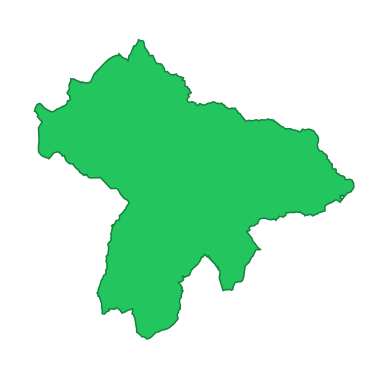 Runcu, Vâlcea, Romania, rotated 93°
{"feature_id": "2599482B23633256734970", "entity_name": "Runcu", "entity_type": "district", "adm_level": 2, "iso_a3": "ROU", "parent_name": "Romania", "parent_adm1": "Vâlcea", "projection": "equal_earth", "projection_center": [24.459, 45.191], "detail": "fine", "context": "isolated", "style": "filled", "palette": "green", "viewbox_px": 384, "rotation_deg": 93, "n_neighbors": 0, "source": "geoboundaries", "source_scale": "gbopen_adm2", "svg_char_len": 6008}
<svg xmlns="http://www.w3.org/2000/svg" viewBox="0 0 384 384"><g transform="rotate(93 192 192)"><path d="M280.1,276.0L282.4,276.3L284.6,277.8L290.2,279.1L293.4,280.3L295.9,280.5L298.0,281.5L298.6,280.2L299.5,280.6L300.9,280.4L301.1,280.1L300.8,279.6L301.4,279.1L308.4,276.3L312.5,276.2L314.3,275.5L318.1,275.3L318.5,274.3L318.5,273.0L316.2,271.1L314.7,268.3L313.6,269.0L313.0,268.7L313.1,263.3L312.5,262.0L311.3,261.5L312.0,259.9L312.9,259.2L313.6,257.9L316.6,255.6L314.8,251.5L313.8,250.6L311.8,245.1L317.0,245.4L317.1,244.3L321.2,242.4L332.0,240.1L334.9,239.9L336.9,236.7L339.2,234.5L339.2,231.9L341.2,229.3L340.6,227.5L339.1,225.2L334.1,220.7L333.5,218.2L331.6,215.0L330.4,210.8L328.7,207.6L324.7,203.3L319.6,199.4L318.7,199.3L316.3,200.4L314.7,200.2L313.2,199.2L311.1,199.2L309.3,197.4L307.9,197.9L306.1,197.6L302.7,198.6L299.9,198.7L297.6,197.1L294.8,197.3L291.2,195.8L290.7,197.4L289.2,196.5L287.9,196.9L285.5,198.3L283.1,200.8L282.1,197.9L280.5,196.1L279.8,195.9L277.4,197.1L276.4,197.1L276.5,196.4L277.6,194.8L276.3,193.0L275.8,191.0L274.9,190.0L270.8,188.9L268.6,187.3L264.1,182.7L260.3,180.3L259.4,180.2L258.6,179.5L256.9,179.4L256.4,177.7L253.6,176.0L256.1,173.3L256.0,172.8L254.8,172.3L254.9,172.0L256.4,171.0L256.7,171.2L256.8,172.0L257.1,170.9L257.6,171.0L257.9,170.1L258.7,170.0L259.5,168.7L261.5,167.0L261.6,166.3L263.1,164.8L263.8,164.8L265.4,163.3L265.4,162.2L265.8,161.8L266.1,161.7L266.0,162.3L266.5,162.6L267.5,161.6L268.2,161.6L269.1,160.2L270.0,159.7L276.4,160.3L288.6,155.9L288.7,155.4L287.4,152.9L287.9,152.3L287.9,151.6L287.2,149.0L288.1,147.9L287.3,146.2L285.7,146.2L280.4,144.5L279.6,142.3L278.8,137.9L277.7,137.0L274.5,136.0L263.0,135.0L259.3,131.3L253.9,129.1L253.0,127.8L247.5,125.7L246.7,125.2L246.0,124.0L246.2,121.7L245.8,120.8L243.6,123.8L240.4,126.1L238.7,128.1L234.9,129.9L228.7,135.2L228.2,135.4L228.0,133.5L227.1,132.2L226.6,132.2L225.1,133.3L224.0,133.0L222.7,130.0L222.2,127.6L220.9,126.8L220.2,124.8L216.0,123.5L215.1,122.1L214.5,119.8L214.4,117.4L215.2,114.7L215.3,113.4L215.8,112.5L215.0,110.5L215.3,109.8L214.7,108.2L215.9,106.6L214.5,106.3L213.7,104.5L211.6,103.6L212.3,99.2L211.0,98.5L210.7,97.3L208.3,97.0L207.3,93.6L207.2,89.5L206.3,86.3L206.8,84.5L206.5,83.0L208.9,78.4L209.8,78.0L209.4,77.6L208.8,74.5L208.3,73.3L208.3,71.5L209.4,70.6L209.5,70.0L207.5,66.6L207.4,65.6L205.9,63.9L203.9,58.2L199.8,58.5L198.4,57.8L197.7,57.0L194.7,51.2L192.5,48.3L192.4,46.9L194.5,43.6L190.9,41.1L190.5,41.3L190.9,42.8L189.9,43.7L189.0,43.3L187.8,43.7L187.5,42.8L188.0,42.2L187.3,41.8L187.2,41.3L187.9,40.6L189.6,40.3L185.0,36.8L183.5,33.3L179.9,31.0L178.7,30.6L174.8,31.1L171.8,32.8L171.0,35.0L171.8,39.5L169.4,40.2L168.4,41.2L167.6,44.9L166.5,46.3L165.5,48.6L164.5,49.2L162.0,49.2L161.3,50.4L162.0,52.1L161.7,52.5L160.3,53.3L156.7,53.4L155.7,55.3L152.9,57.1L151.8,58.9L149.5,58.7L148.2,59.4L146.6,61.6L146.1,63.1L144.9,63.7L144.3,64.9L144.3,66.5L142.8,67.9L141.0,68.8L137.8,69.3L134.8,68.4L131.3,68.6L129.0,69.9L127.6,71.4L124.7,73.5L123.6,76.1L123.8,76.5L123.0,78.7L124.1,82.3L123.4,84.9L126.0,86.7L126.3,88.3L125.7,88.9L124.8,92.5L125.0,94.3L124.4,94.8L123.9,96.3L123.6,98.0L124.1,100.3L123.8,100.8L124.0,101.9L123.3,103.4L122.4,104.2L121.4,107.2L120.3,108.1L119.0,110.4L118.0,111.2L117.3,113.1L116.7,113.5L116.8,114.0L115.8,114.3L116.0,115.1L115.6,117.0L115.8,118.3L115.2,119.2L115.2,120.5L115.7,120.8L116.3,122.7L116.3,126.8L117.2,129.1L116.5,131.6L117.7,135.3L117.5,139.3L118.7,141.7L117.0,143.1L116.7,144.2L115.4,144.4L113.9,146.4L111.9,147.4L110.2,150.2L109.0,150.6L107.8,152.3L106.0,153.2L106.4,154.5L106.1,155.3L106.2,156.9L106.7,157.6L107.0,160.1L105.7,161.5L105.6,162.9L103.9,163.8L102.8,165.9L101.8,166.7L102.0,168.3L102.5,169.2L101.9,170.6L102.3,171.8L101.0,174.2L100.9,175.9L102.4,178.7L102.4,180.3L104.7,184.3L104.0,187.2L103.2,188.7L103.7,189.4L105.2,190.2L105.0,191.9L103.1,193.0L101.9,196.2L101.8,196.8L102.5,198.4L102.4,200.5L100.8,201.6L99.4,201.7L98.5,201.5L97.7,200.1L96.7,199.8L94.4,201.1L94.0,200.6L93.9,198.9L92.6,198.0L90.8,199.7L89.5,199.9L88.7,201.2L87.1,202.1L87.1,203.5L86.6,204.5L81.5,205.0L80.6,207.7L78.8,206.3L78.3,206.5L77.0,212.2L75.0,213.9L75.8,216.2L75.9,219.6L73.1,222.8L73.3,224.8L73.1,225.4L69.9,226.2L66.0,229.1L65.7,229.9L65.6,233.4L63.9,235.3L57.8,238.1L57.6,239.7L58.3,241.2L58.1,241.7L55.3,242.6L49.7,246.8L44.1,248.2L43.7,248.8L43.7,250.6L42.8,253.5L44.2,253.6L48.5,255.6L49.3,257.8L57.2,260.5L59.3,262.1L64.4,262.8L62.4,264.9L62.1,266.7L61.2,268.6L57.8,272.1L59.5,272.3L59.5,274.6L61.4,278.7L62.8,280.4L63.5,281.9L67.3,285.5L79.0,295.7L87.2,299.0L88.2,301.0L88.6,303.9L87.8,307.8L88.7,308.5L87.5,310.1L87.1,312.3L85.3,315.9L85.4,319.0L89.1,318.9L89.2,319.6L91.5,320.4L95.6,319.8L99.3,321.9L100.9,321.0L102.3,319.1L103.8,319.1L105.5,318.2L106.6,319.0L107.6,321.2L110.4,321.4L112.9,324.1L113.3,325.9L115.3,328.6L116.3,331.3L118.5,333.8L119.3,335.3L118.3,339.1L116.8,342.0L115.4,344.3L112.4,347.0L111.6,348.7L112.3,350.6L113.1,351.4L116.4,352.9L119.6,353.4L119.9,352.5L122.7,350.2L124.2,349.9L124.9,350.3L128.7,346.7L129.5,345.2L136.0,348.7L148.1,347.4L155.4,347.7L160.0,347.3L163.0,344.7L164.5,342.1L165.9,337.0L166.3,336.6L160.0,331.8L158.8,327.6L159.7,326.8L161.3,324.1L162.9,323.5L162.7,321.2L165.8,320.2L168.2,318.5L170.2,315.7L170.0,314.0L170.4,312.1L171.5,311.8L171.8,310.8L173.3,310.1L174.9,308.2L175.3,307.2L178.6,304.7L179.7,302.3L180.8,301.6L180.6,299.9L180.9,299.3L180.2,299.3L180.1,298.0L182.4,296.4L183.3,294.6L182.5,284.1L192.8,273.3L192.4,267.2L194.1,265.5L198.4,263.0L199.7,261.4L200.9,260.6L201.8,259.7L203.6,256.1L205.6,254.4L206.3,254.3L210.5,256.8L212.9,257.6L213.9,258.8L217.0,260.7L219.3,263.2L223.2,263.0L224.0,264.2L224.4,266.2L228.6,267.9L228.7,269.5L230.1,270.5L230.4,270.3L230.2,269.3L230.8,269.1L231.1,269.6L236.9,270.4L238.4,271.0L239.6,270.2L242.8,270.7L244.2,270.0L247.8,273.1L248.9,273.2L252.0,272.3L257.1,272.5L259.2,272.8L260.1,273.9L261.4,274.4L262.8,273.7L265.7,274.3L267.7,273.2L272.9,272.9L274.1,273.9L278.4,273.8L280.1,276.0Z" fill="#22c55e" stroke="#15803d" stroke-width="1.5"/></g></svg>